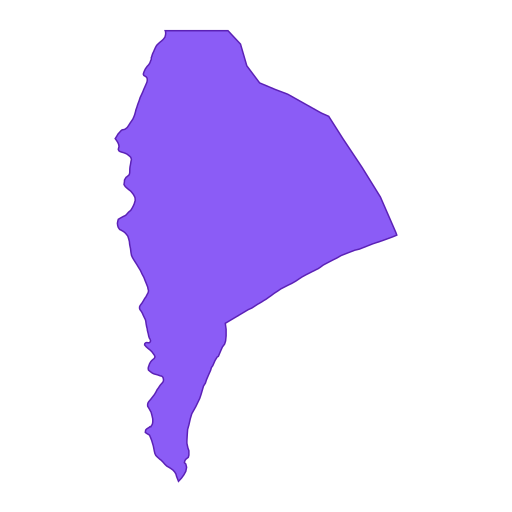 outline of Cantonement, Laborie, Saint Lucia
{"feature_id": "8701671B14194395113255", "entity_name": "Cantonement", "entity_type": "district", "adm_level": 2, "iso_a3": "LCA", "parent_name": "Saint Lucia", "parent_adm1": "Laborie", "projection": "orthographic", "projection_center": [-60.978, 13.756], "detail": "fine", "context": "isolated", "style": "filled", "palette": "violet", "viewbox_px": 512, "rotation_deg": 0, "n_neighbors": 0, "source": "geoboundaries", "source_scale": "gbopen_adm2", "svg_char_len": 4370}
<svg xmlns="http://www.w3.org/2000/svg" viewBox="0 0 512 512"><path d="M178.5,481.3L181.5,478.1L183.9,474.8L185.8,471.3L186.6,467.3L185.8,464.0L184.4,462.7L184.9,460.6L185.9,459.2L188.3,457.3L188.9,455.1L188.9,450.8L187.9,447.9L186.9,443.3L186.9,440.9L187.2,435.4L187.6,429.5L188.9,424.9L190.3,418.7L191.8,413.7L195.8,406.6L199.7,398.5L201.1,394.3L203.5,386.1L205.4,383.1L206.5,379.7L208.6,374.8L210.6,370.3L211.4,367.6L212.8,365.6L215.0,360.6L217.1,357.1L218.4,356.3L219.3,354.1L220.8,350.6L222.4,347.0L224.6,344.1L225.6,340.9L226.1,335.8L226.1,329.3L225.3,323.3L248.3,309.6L251.9,308.0L257.7,304.2L259.2,303.4L262.2,301.6L264.0,300.4L265.8,299.4L269.0,297.1L271.3,295.5L274.2,293.3L277.8,291.0L280.8,288.9L284.7,286.9L288.4,285.0L291.6,283.5L295.8,281.1L298.6,279.2L302.1,276.9L306.1,274.7L309.7,272.9L312.2,271.6L313.9,270.8L316.2,269.6L318.1,268.7L320.2,267.3L323.3,265.0L326.3,263.4L333.4,259.7L336.9,258.0L341.2,255.5L347.8,252.9L354.8,250.2L359.4,249.1L372.8,243.8L382.2,240.7L392.3,237.0L396.2,235.4L396.8,235.1L395.9,232.6L393.9,228.0L380.4,197.0L362.2,167.6L342.8,138.5L328.7,116.3L322.3,113.5L320.5,112.6L287.7,94.2L275.3,89.5L259.6,82.9L246.8,65.8L240.5,44.1L228.0,30.7L165.2,30.7L165.5,31.5L165.7,33.2L165.5,35.0L164.9,37.2L163.3,39.3L161.7,40.8L160.2,42.0L158.3,43.7L156.7,45.3L155.6,47.2L154.4,49.8L153.7,51.5L152.7,53.5L151.9,55.9L151.8,56.4L151.3,57.6L151.3,59.3L150.5,61.1L150.1,62.4L149.4,63.7L148.4,65.1L147.4,66.1L146.7,67.0L145.3,69.0L144.6,70.5L143.9,72.1L143.3,74.1L143.8,75.4L145.1,76.2L146.3,77.0L147.1,78.2L147.3,80.0L147.0,81.9L146.5,83.2L145.1,86.4L143.7,89.5L143.0,91.4L141.5,94.7L140.2,97.4L139.0,101.1L137.8,104.2L136.8,107.4L135.9,109.9L135.4,112.1L134.7,114.6L134.0,116.5L132.9,119.0L131.7,120.8L130.3,122.8L128.4,125.8L127.2,127.5L125.2,129.1L123.8,129.6L122.8,129.7L122.0,129.9L120.6,131.1L119.7,132.2L118.1,133.9L116.8,136.1L115.5,138.2L115.2,138.6L116.3,140.1L117.6,142.1L118.1,143.1L118.7,144.6L118.9,145.8L119.0,146.7L118.5,148.3L118.3,149.5L118.9,150.8L120.1,151.6L121.9,152.2L123.7,152.7L125.3,153.3L127.0,154.1L128.4,155.2L129.9,156.4L130.7,157.3L131.3,158.9L131.4,159.7L131.0,161.3L130.7,163.2L130.4,165.0L130.0,167.0L129.8,169.4L129.8,170.7L129.7,172.8L129.4,174.2L128.8,175.2L127.8,176.0L127.0,176.7L126.1,177.3L125.3,178.6L124.5,180.0L124.4,181.8L124.1,183.8L124.0,184.6L125.3,186.6L126.6,187.8L128.7,189.6L130.6,191.0L132.2,192.9L133.5,194.6L134.9,197.3L135.1,198.3L135.2,200.6L134.9,201.5L134.2,203.9L133.3,205.9L132.1,208.2L130.7,210.4L128.7,212.0L125.9,215.1L125.0,215.7L123.4,216.4L121.2,217.6L118.3,219.3L117.8,221.1L117.4,223.3L117.7,225.6L118.3,227.5L119.7,229.5L121.0,230.1L123.6,231.6L125.3,233.0L126.4,234.3L127.8,236.1L128.7,238.9L129.4,241.6L129.6,244.0L130.0,246.2L130.5,248.6L131.0,252.7L131.5,255.4L132.5,257.6L133.8,259.8L135.2,262.0L137.0,264.8L138.3,267.0L140.4,270.4L142.1,274.1L143.9,277.4L145.1,280.6L146.1,283.0L147.0,285.3L147.7,287.0L148.0,288.8L148.4,290.2L148.5,291.0L148.1,292.7L146.8,295.1L145.9,296.9L144.8,298.3L143.2,301.1L142.1,302.9L140.8,304.6L140.0,305.8L139.6,306.7L139.5,308.1L139.9,309.5L141.3,311.4L142.5,313.5L143.2,315.2L144.5,317.9L145.4,319.7L145.8,321.4L146.1,323.7L146.6,326.5L147.2,328.8L147.4,330.5L148.2,333.6L148.7,336.1L149.3,338.0L150.1,339.3L150.6,340.9L150.2,341.9L149.3,342.7L148.2,342.8L146.8,342.5L145.7,342.8L144.8,343.6L144.6,344.9L146.1,346.7L147.9,348.3L150.4,350.3L151.9,351.8L153.3,353.7L154.4,355.2L155.0,356.9L154.2,358.5L152.8,359.6L151.6,360.7L150.7,361.8L149.6,363.7L148.9,365.7L148.3,367.4L148.2,368.8L148.5,370.1L150.4,371.7L152.3,373.1L154.0,373.9L157.7,374.9L160.4,375.9L161.4,376.0L162.2,376.5L163.0,377.4L163.5,379.5L163.4,381.1L162.7,382.4L161.7,383.5L160.3,385.1L159.2,386.7L158.6,387.7L157.1,389.7L156.0,391.9L154.4,394.6L153.3,396.0L150.5,399.6L148.7,401.7L148.0,402.9L147.7,404.0L147.6,405.0L147.7,406.3L149.0,408.4L150.1,410.4L151.1,412.2L152.0,415.6L152.7,418.7L152.8,420.8L152.7,422.5L152.3,424.4L151.3,425.8L150.8,426.8L149.9,426.7L149.4,427.2L147.8,428.2L146.6,429.0L145.7,430.0L145.4,431.6L145.3,432.4L146.5,433.3L149.5,435.1L150.6,437.7L151.7,440.5L152.2,442.2L153.3,445.9L154.4,451.5L154.9,453.5L155.8,455.4L156.8,456.5L160.0,459.4L161.0,460.1L163.0,462.1L165.0,464.4L166.8,466.1L168.9,467.3L170.5,468.3L172.9,470.0L174.7,472.0L175.9,474.0L176.6,476.5L177.5,478.8L178.5,481.3Z" fill="#8b5cf6" stroke="#5b21b6" stroke-width="1.5"/></svg>